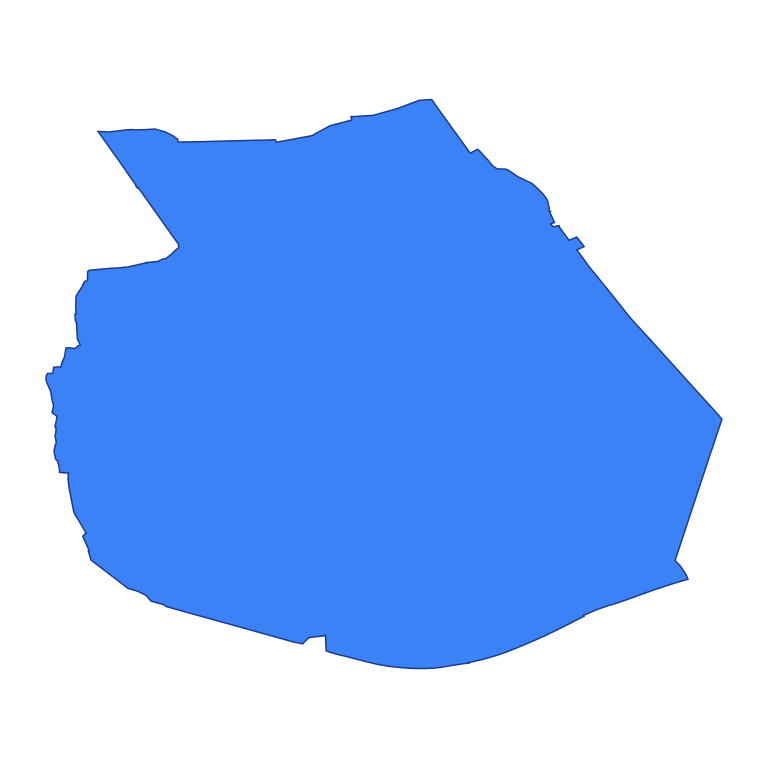 Best, Noord-Brabant, Netherlands (Natural Earth projection)
{"feature_id": "6326949B75137291849873", "entity_name": "Best", "entity_type": "district", "adm_level": 2, "iso_a3": "NLD", "parent_name": "Netherlands", "parent_adm1": "Noord-Brabant", "projection": "natural_earth1", "projection_center": [5.39, 51.516], "detail": "fine", "context": "isolated", "style": "filled", "palette": "blue", "viewbox_px": 768, "rotation_deg": 0, "n_neighbors": 0, "source": "geoboundaries", "source_scale": "gbopen_adm2", "svg_char_len": 5744}
<svg xmlns="http://www.w3.org/2000/svg" viewBox="0 0 768 768"><path d="M332.9,653.1L337.4,654.4L340.9,655.3L341.6,655.4L341.9,655.5L344.0,655.9L346.0,656.4L357.3,659.4L367.5,662.0L376.7,664.2L379.8,664.8L382.6,665.3L385.5,665.7L386.3,665.9L387.1,666.0L387.9,666.1L388.7,666.3L389.5,666.4L390.3,666.5L391.2,666.6L392.0,666.7L392.8,666.8L393.6,666.8L394.4,666.9L400.2,667.5L403.9,667.8L404.8,667.9L405.6,668.0L406.5,668.0L407.3,668.1L408.2,668.2L409.1,668.2L409.9,668.3L410.8,668.3L411.6,668.3L415.4,668.5L416.4,668.5L417.4,668.5L418.5,668.5L419.5,668.5L420.5,668.5L421.6,668.5L422.6,668.5L423.6,668.5L424.7,668.5L425.8,668.5L426.7,668.4L427.6,668.4L428.6,668.4L429.5,668.3L430.5,668.3L431.4,668.2L432.3,668.2L433.3,668.1L434.2,668.1L435.1,668.0L436.7,667.9L438.4,667.6L441.9,667.2L444.4,666.8L444.9,666.7L454.2,665.1L456.9,664.7L460.1,664.2L463.4,663.7L468.8,663.1L468.4,662.6L469.0,662.5L473.7,661.5L478.4,660.4L483.0,659.3L487.6,658.1L492.1,656.7L496.6,655.4L501.1,653.9L505.6,652.3L510.0,650.6L514.3,648.9L518.7,647.1L523.1,645.3L527.5,643.4L536.2,639.7L540.5,637.7L544.9,635.8L549.1,633.7L553.4,631.7L557.6,629.6L561.8,627.5L570.2,623.3L574.4,621.1L577.4,619.6L584.1,616.2L583.4,615.3L588.7,613.1L590.4,612.4L595.3,610.3L599.8,608.6L604.4,607.0L609.0,605.4L613.8,604.1L618.4,602.6L622.9,601.0L627.6,599.4L632.1,597.8L635.3,596.6L641.8,594.2L654.9,589.6L664.2,586.5L673.5,583.5L682.8,580.7L688.0,579.3L686.1,574.7L682.3,568.9L679.9,565.5L675.1,560.5L675.4,559.5L681.1,542.3L685.4,529.3L692.7,507.1L698.7,489.1L698.7,488.8L700.7,483.0L700.9,482.2L701.1,481.6L703.2,475.4L708.8,458.5L710.1,454.3L712.0,449.0L719.2,427.4L721.9,419.3L718.8,415.4L700.4,395.1L682.8,375.7L654.1,343.9L650.4,339.9L650.6,339.8L649.5,338.9L642.7,331.4L630.5,318.1L626.5,313.1L626.3,312.9L625.1,311.3L614.5,298.0L609.4,291.6L595.8,274.9L589.2,266.8L582.1,257.0L576.8,249.8L583.4,247.0L584.1,246.6L583.1,245.2L582.7,244.6L578.4,239.2L576.8,237.2L576.7,237.1L572.0,239.0L569.0,240.3L568.4,239.4L562.9,232.0L558.6,226.1L559.2,225.9L558.9,225.5L553.4,226.9L550.6,224.0L554.5,222.5L549.9,212.5L550.1,212.3L550.6,211.5L548.9,211.0L549.0,210.9L549.2,210.1L549.3,209.3L549.3,208.9L548.4,204.6L548.3,203.6L547.8,201.6L547.3,200.3L546.2,198.3L544.5,195.9L542.8,193.7L537.2,188.2L534.6,185.7L533.5,184.8L531.8,183.5L530.8,182.9L529.0,182.0L523.0,179.2L519.2,177.4L517.5,176.4L514.4,174.4L512.5,173.0L508.3,170.2L507.6,169.8L507.3,169.7L506.2,169.3L505.9,169.2L505.1,169.1L504.7,169.0L504.2,169.0L503.7,169.0L503.1,169.0L501.9,169.0L500.1,169.0L499.6,169.0L499.1,169.0L498.6,168.9L498.2,168.9L497.6,168.8L497.2,168.7L496.8,168.6L496.5,168.4L495.9,168.1L495.2,167.6L494.5,167.2L493.7,166.6L492.9,166.0L492.2,165.3L491.6,164.7L488.2,160.3L483.6,155.5L481.6,153.1L478.6,150.0L477.7,149.3L470.1,153.1L467.3,149.2L458.7,137.2L450.3,125.6L444.3,117.2L439.6,110.7L431.7,99.5L423.9,100.0L419.1,100.4L396.8,108.7L385.1,112.0L373.0,115.4L368.0,115.7L351.0,116.7L351.9,120.0L330.1,125.7L327.5,127.2L313.7,134.6L313.3,134.9L313.3,135.4L288.6,140.0L276.3,142.3L275.5,140.2L275.5,139.8L242.2,140.6L210.9,141.4L202.1,141.7L190.0,141.9L178.0,142.0L177.8,139.3L177.2,138.9L173.7,136.3L172.7,135.6L165.4,132.0L164.6,131.7L157.8,129.9L155.0,129.0L145.6,129.6L134.3,129.9L131.5,129.5L129.4,129.7L127.0,129.9L126.7,129.9L108.4,132.0L99.7,131.5L98.1,131.5L103.5,139.1L116.7,157.7L117.2,158.3L126.3,171.2L126.3,171.6L127.8,173.6L132.2,179.8L135.9,185.1L135.7,185.7L136.9,187.4L137.0,187.2L137.8,188.0L138.3,187.7L169.6,231.8L170.4,233.0L176.0,240.8L178.8,244.8L178.6,245.7L178.4,247.0L178.5,248.1L176.5,249.3L170.4,255.1L170.0,255.4L168.8,256.2L165.3,259.1L163.6,258.6L163.1,258.8L158.1,261.4L155.0,261.7L148.3,262.4L148.0,262.4L147.9,262.5L146.9,262.5L146.9,262.8L145.8,263.1L145.7,262.8L145.1,263.1L132.1,266.0L128.1,266.9L127.2,267.1L125.8,267.3L123.8,267.2L123.8,267.5L122.1,267.6L114.7,268.2L113.2,268.1L104.6,268.8L97.7,269.5L94.4,269.8L91.3,270.0L89.7,270.3L89.1,270.4L88.6,270.6L88.1,270.9L87.8,271.5L87.5,275.0L87.4,280.1L86.8,280.9L84.7,281.4L82.9,284.5L83.3,284.7L76.2,295.8L76.1,296.3L76.1,296.8L76.1,297.2L76.0,297.5L75.9,301.6L75.8,303.0L75.7,304.3L76.0,314.0L75.0,314.1L75.2,318.5L75.3,319.7L75.6,321.3L76.4,322.8L76.5,322.8L76.6,325.5L77.4,339.0L78.7,341.7L80.4,345.0L79.8,345.2L78.7,345.6L78.4,345.7L75.0,348.5L69.1,347.8L66.0,347.9L65.4,351.2L65.2,352.0L65.1,353.4L64.8,355.3L64.6,356.4L64.1,358.0L63.5,359.3L62.6,361.0L61.7,363.5L60.9,367.0L60.6,367.0L59.7,367.0L57.7,366.9L57.1,367.0L53.7,367.3L52.9,373.0L50.4,373.5L47.6,373.4L46.4,375.3L46.2,375.9L46.1,376.7L46.1,377.6L46.1,378.1L46.1,379.0L46.2,380.1L46.3,380.7L46.4,381.3L46.5,381.7L46.7,382.3L49.2,388.0L50.2,390.2L51.3,393.6L51.1,393.7L52.0,399.7L53.6,405.8L52.0,412.6L56.9,416.2L56.7,418.3L56.6,418.8L56.3,420.7L56.1,421.8L55.7,423.3L54.9,426.8L55.6,426.8L56.0,428.2L55.9,430.8L55.9,431.7L55.1,436.2L55.0,436.6L55.5,438.3L55.8,439.7L56.1,441.5L56.2,442.3L56.1,443.8L55.9,443.8L55.7,443.9L55.5,444.2L55.4,444.5L55.2,445.5L54.0,451.0L55.6,459.2L57.5,460.9L58.2,463.4L58.9,466.4L59.2,467.4L59.5,470.5L59.5,472.4L60.9,472.5L63.8,472.8L66.7,472.9L68.4,472.9L68.0,479.9L68.1,480.1L68.5,482.4L68.6,483.5L68.8,486.0L69.0,487.1L69.8,491.7L73.4,509.9L73.4,510.4L73.6,511.2L74.9,514.3L75.6,515.6L76.1,516.4L78.9,520.8L86.1,533.2L84.6,534.3L82.8,536.2L87.9,547.8L88.0,547.8L89.2,550.7L88.3,550.9L91.0,560.1L97.6,565.1L128.2,588.5L129.4,588.8L137.9,591.3L146.2,595.4L151.1,601.2L153.8,601.9L163.5,604.6L166.0,606.5L222.7,622.3L228.3,623.8L284.5,639.5L293.8,642.1L298.5,643.0L302.6,643.8L308.9,637.6L316.2,636.7L324.1,635.8L324.2,635.4L325.0,635.4L325.3,635.4L325.5,635.7L325.5,636.3L325.8,641.2L325.9,644.4L326.0,647.5L326.1,650.8L327.9,651.3L329.2,651.7L329.3,652.1L332.9,653.1Z" fill="#3b82f6" stroke="#1e3a8a" stroke-width="1.5"/></svg>